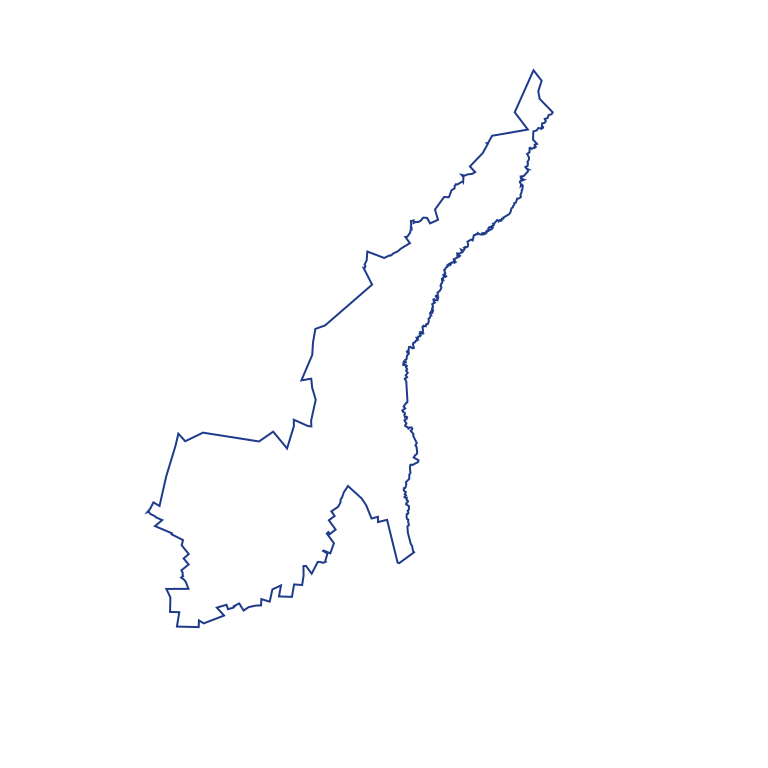 outline of Ojinaga, Chihuahua, Mexico, rotated 51°
{"feature_id": "50627088B59810365960374", "entity_name": "Ojinaga", "entity_type": "district", "adm_level": 2, "iso_a3": "MEX", "parent_name": "Mexico", "parent_adm1": "Chihuahua", "projection": "mercator", "projection_center": [-104.612, 29.546], "detail": "fine", "context": "isolated", "style": "outline", "palette": "blue", "viewbox_px": 768, "rotation_deg": 51, "n_neighbors": 0, "source": "geoboundaries", "source_scale": "gbopen_adm2", "svg_char_len": 6148}
<svg xmlns="http://www.w3.org/2000/svg" viewBox="0 0 768 768"><g transform="rotate(51 384 384)"><path d="M234.3,70.4L255.1,111.4L276.8,112.1L259.1,143.8L262.1,151.1L261.5,152.5L262.7,152.2L266.7,162.0L269.0,180.3L276.7,179.8L276.1,183.4L273.6,187.4L272.8,190.2L270.3,192.1L273.3,192.1L276.7,195.3L276.1,195.2L275.0,201.7L274.0,202.3L274.6,204.5L276.4,206.1L275.9,209.5L279.7,216.0L276.5,219.6L280.5,234.6L290.4,238.7L288.2,247.1L282.0,246.0L281.0,247.0L279.4,248.9L280.2,252.8L279.6,255.5L278.0,257.5L277.5,259.6L275.5,258.0L274.3,260.6L277.0,262.3L277.8,263.6L279.9,264.2L279.7,265.0L281.4,265.4L281.2,266.6L282.8,268.5L284.2,273.1L283.2,274.9L290.8,275.2L289.4,285.9L289.6,289.6L288.3,295.2L288.6,297.1L288.1,298.6L287.5,298.8L286.2,304.5L270.6,313.6L277.1,319.8L278.9,323.9L280.9,324.4L281.6,326.0L280.8,326.8L299.3,330.7L301.4,392.9L298.0,402.7L307.1,413.1L316.2,421.4L329.2,445.9L334.1,437.2L341.4,442.0L353.3,447.0L366.6,463.7L371.2,467.1L368.9,469.5L355.0,476.6L360.0,480.5L373.1,499.9L351.3,500.1L350.0,517.3L307.9,555.3L303.4,574.5L293.2,575.1L300.8,584.9L318.8,611.5L337.5,635.2L330.9,637.7L333.7,644.0L334.7,648.6L335.2,647.2L337.9,647.4L342.7,645.2L344.0,645.2L350.2,642.0L350.3,651.4L366.5,642.8L367.1,643.7L378.8,638.4L382.0,642.7L393.3,642.8L393.5,649.5L401.3,649.4L401.3,658.7L404.2,659.3L405.4,660.6L406.9,661.0L406.8,663.5L410.0,662.5L413.4,662.7L420.1,664.9L406.3,682.1L415.4,684.3L426.5,693.7L432.5,686.7L442.2,697.6L456.3,681.0L451.3,676.6L456.6,674.7L463.3,654.0L452.6,654.6L456.5,645.3L460.8,647.0L463.0,641.9L462.9,640.3L462.2,640.4L463.4,634.6L471.7,635.7L472.2,629.7L475.5,623.1L478.7,618.9L474.0,614.7L481.2,609.8L473.4,600.0L475.7,590.8L483.0,599.3L491.5,589.5L483.2,580.0L488.7,574.1L482.2,567.0L474.8,561.2L476.3,559.1L485.9,559.6L480.6,547.5L482.2,545.5L484.6,544.0L485.5,541.1L484.7,541.1L480.1,534.6L475.4,536.4L475.4,535.7L481.8,532.3L476.2,523.1L464.2,522.5L464.1,520.4L466.5,520.6L466.7,513.2L455.2,512.6L455.5,505.4L449.8,505.0L450.6,497.1L448.7,492.4L446.3,490.2L445.9,488.3L442.9,483.4L440.6,476.2L458.7,473.4L466.8,474.1L480.7,478.3L483.4,472.3L487.5,475.5L491.5,467.1L531.3,485.8L532.8,484.9L533.7,466.5L532.0,466.5L527.7,464.2L524.8,463.7L514.5,459.0L509.8,455.7L509.3,455.0L509.4,453.5L506.2,451.9L504.6,450.4L503.3,451.0L501.7,450.3L499.4,448.1L499.9,446.8L499.5,446.1L497.4,445.4L497.4,443.9L494.7,441.5L491.4,442.5L490.7,441.8L490.7,439.8L490.1,439.0L488.6,439.5L486.7,437.9L486.2,438.9L484.7,439.2L484.3,436.9L482.6,437.2L481.8,435.1L479.3,435.6L478.3,435.0L477.5,433.9L478.1,433.0L477.7,432.0L475.9,429.7L474.1,428.7L473.6,424.1L470.4,421.4L469.8,419.4L465.8,416.9L463.6,414.7L463.6,413.8L464.8,412.9L466.1,406.7L464.9,405.2L459.8,407.2L458.9,404.6L459.1,402.7L458.1,401.3L453.2,398.2L451.5,398.2L450.5,395.7L442.5,393.9L441.6,392.6L437.1,392.7L437.1,391.0L436.4,390.0L435.0,390.0L434.2,391.0L434.0,393.1L432.8,392.7L430.2,393.9L429.4,393.6L428.9,391.5L425.1,391.0L425.4,388.4L424.3,386.9L423.6,387.2L423.1,388.7L420.9,387.7L420.6,386.7L419.4,386.0L417.5,386.7L416.1,386.4L416.3,382.8L413.8,382.9L412.6,378.4L412.9,377.5L412.1,376.6L395.9,365.0L393.0,364.6L393.3,361.8L390.9,361.7L390.2,358.5L387.5,358.4L387.1,356.7L384.5,356.3L384.4,354.9L381.7,355.5L381.9,356.5L381.4,357.1L379.8,355.6L379.0,354.4L380.7,353.3L378.6,352.3L378.8,350.7L376.4,348.3L376.1,345.6L374.7,344.7L374.0,345.2L374.0,346.0L373.2,345.8L373.4,343.8L371.0,341.4L371.4,340.3L374.2,339.4L374.8,338.2L371.3,336.4L370.5,335.4L371.1,333.8L370.4,332.2L370.9,331.4L370.1,330.4L370.7,329.7L368.7,329.5L369.5,328.6L368.6,327.6L369.5,326.2L369.5,325.0L367.5,324.7L367.6,323.7L366.4,323.4L366.7,322.7L369.2,322.4L369.4,321.6L367.8,321.3L367.2,320.2L363.7,318.0L363.7,316.6L364.4,316.6L364.6,315.6L365.4,315.1L364.1,313.5L365.0,312.2L363.4,309.6L361.2,308.2L361.4,306.6L360.2,305.0L360.5,304.2L358.0,303.8L357.8,302.8L359.1,301.8L357.7,299.4L356.9,299.5L357.5,299.8L356.9,300.8L354.9,297.3L352.3,296.3L352.7,293.4L351.7,293.6L349.4,292.4L349.5,291.7L351.4,291.3L352.5,289.6L350.7,287.3L349.6,288.2L349.7,288.7L348.4,288.6L348.1,288.2L349.0,287.3L349.0,286.3L346.7,285.0L346.7,282.1L345.8,279.6L344.4,278.2L343.6,278.5L342.2,276.9L342.0,275.1L340.3,273.6L340.8,272.6L340.1,272.3L339.4,273.3L338.7,272.9L338.4,269.5L339.5,268.9L339.4,267.8L337.4,268.1L337.4,269.4L336.6,269.3L336.5,266.7L333.3,265.5L333.5,264.5L332.5,262.8L332.8,261.1L331.6,260.2L331.6,259.4L332.4,259.8L332.7,259.2L331.7,258.2L331.9,256.6L333.0,257.0L332.3,254.5L333.2,253.3L332.9,252.9L334.1,253.0L334.3,251.5L331.0,251.3L331.9,247.1L330.9,246.5L332.4,245.4L332.2,244.4L330.1,245.6L328.6,245.0L330.1,243.3L330.9,240.2L328.2,239.5L330.4,238.3L329.7,236.1L328.5,236.1L328.6,234.6L329.8,233.5L329.7,232.2L328.6,230.8L325.9,229.6L326.6,225.4L328.2,224.7L324.9,220.5L325.7,219.1L325.5,218.0L326.2,217.5L325.7,216.0L327.6,215.7L329.4,214.0L328.7,213.0L330.1,212.9L330.5,212.0L329.6,212.4L329.4,211.6L331.0,209.1L330.3,208.4L330.1,209.1L329.6,208.0L330.6,207.2L331.0,204.5L329.9,205.9L329.0,205.5L328.4,203.7L329.3,201.5L329.6,202.3L330.4,202.4L330.9,201.4L330.7,200.8L329.2,200.6L329.5,198.5L328.1,198.3L328.6,197.3L327.8,192.9L328.9,192.6L329.3,191.6L329.8,192.0L329.8,190.9L330.6,190.7L330.9,189.8L330.0,189.5L329.7,188.2L330.6,187.2L329.8,186.4L330.7,180.4L330.4,178.1L327.7,174.3L327.8,172.6L327.0,171.9L326.7,170.0L325.4,168.9L326.0,167.3L323.7,163.9L324.6,162.7L324.9,160.0L322.9,158.9L321.5,156.3L319.9,154.9L320.0,154.2L317.3,151.4L316.3,151.3L316.3,153.1L315.4,152.0L312.5,151.3L312.1,150.6L313.2,147.2L312.3,148.0L312.2,147.3L311.3,147.9L310.5,147.2L310.4,148.1L309.6,147.8L309.8,147.1L308.9,147.0L310.3,144.4L309.4,138.4L307.8,137.5L308.3,136.7L306.1,137.7L304.4,137.6L304.9,135.3L303.2,133.3L301.8,132.9L300.8,130.2L299.1,128.7L295.2,128.0L295.6,125.2L292.2,122.3L292.3,121.7L294.3,121.2L294.5,119.1L295.3,118.4L295.2,116.8L293.7,117.0L292.9,116.4L293.7,114.0L287.9,114.4L281.7,109.0L283.0,105.7L282.2,103.1L283.9,101.3L284.8,101.2L284.9,99.0L284.4,98.7L283.6,99.6L281.0,97.1L282.0,95.1L281.9,93.5L281.3,92.7L279.2,92.3L280.2,89.4L278.6,86.8L279.8,84.0L279.0,81.9L260.4,83.6L253.6,79.9L247.5,70.6L234.3,70.4Z" fill="none" stroke="#1e3a8a" stroke-width="2"/></g></svg>